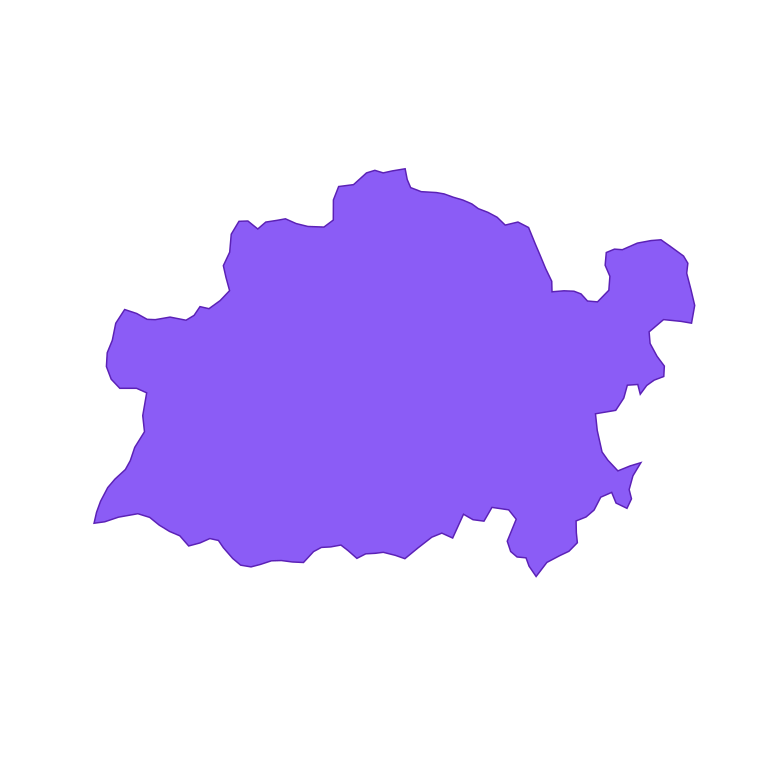 the district of Cesário Lange, São Paulo, Brazil, rotated 21°
{"feature_id": "56859067B87642891823012", "entity_name": "Cesário Lange", "entity_type": "district", "adm_level": 2, "iso_a3": "BRA", "parent_name": "Brazil", "parent_adm1": "São Paulo", "projection": "equal_earth", "projection_center": [-47.895, -23.217], "detail": "fine", "context": "isolated", "style": "filled", "palette": "violet", "viewbox_px": 768, "rotation_deg": 21, "n_neighbors": 0, "source": "geoboundaries", "source_scale": "gbopen_adm2", "svg_char_len": 2270}
<svg xmlns="http://www.w3.org/2000/svg" viewBox="0 0 768 768"><g transform="rotate(21 384 384)"><path d="M617.8,157.2L603.4,153.3L590.9,150.1L581.9,154.4L570.0,161.7L558.4,173.2L550.8,175.5L544.4,181.6L547.9,193.9L556.3,202.5L560.3,215.9L553.9,230.8L544.2,233.6L535.7,229.3L528.1,229.3L518.6,232.5L507.8,237.7L503.8,228.0L493.5,218.3L484.0,208.3L474.8,198.8L462.9,186.1L451.0,184.8L440.2,192.2L429.9,187.8L419.5,186.5L409.2,186.5L401.5,184.4L391.8,184.0L381.7,184.8L372.0,185.0L364.3,186.5L349.8,191.1L338.5,191.1L332.4,184.8L326.6,175.5L315.5,182.0L307.6,187.2L298.9,187.8L292.0,193.2L284.1,208.8L270.9,215.9L270.8,230.3L277.9,249.1L271.7,259.0L256.5,264.2L244.5,265.7L232.8,265.1L225.4,269.6L215.6,275.2L210.6,284.5L198.5,280.6L190.3,284.1L187.7,298.9L192.7,316.2L191.6,331.1L198.2,341.0L206.4,352.2L201.1,364.9L193.6,376.4L184.5,377.7L182.1,388.0L176.3,395.4L160.3,398.2L147.4,405.9L139.7,408.5L127.9,406.8L115.2,407.4L111.8,423.4L114.7,440.6L114.4,454.0L118.6,467.2L127.6,477.3L138.9,482.7L154.5,476.7L165.6,477.3L170.1,500.0L177.5,514.4L174.0,532.5L174.6,546.5L173.2,556.5L166.9,569.2L163.2,579.7L161.4,595.1L161.6,606.7L163.2,617.9L172.7,612.7L183.8,603.5L200.7,593.3L213.1,592.5L224.7,596.3L236.6,598.5L247.8,598.9L259.7,605.2L269.2,598.3L276.8,590.7L285.5,589.4L292.7,594.4L305.3,601.1L315.1,604.5L325.4,602.4L333.2,596.8L342.3,589.4L351.4,585.6L362.2,583.0L372.8,579.5L378.3,565.7L384.1,559.0L392.6,555.2L401.5,549.8L410.1,552.4L421.2,556.5L427.8,549.1L436.5,545.2L443.6,541.4L456.0,539.9L466.1,539.6L474.5,524.8L483.5,509.9L491.4,502.5L503.3,503.2L504.9,477.1L515.7,478.8L526.5,476.2L529.0,460.5L545.5,456.8L555.9,462.9L555.4,486.6L562.3,495.0L570.2,497.8L578.9,495.4L584.7,502.1L595.0,509.2L600.0,492.2L609.8,481.0L616.6,473.9L621.4,462.9L616.9,454.0L612.4,443.0L620.3,435.7L625.3,426.4L626.9,412.0L635.4,403.6L643.3,412.0L655.4,413.0L656.2,402.5L650.7,394.7L649.3,380.5L652.0,365.4L643.3,372.1L633.5,381.3L620.3,374.9L611.9,369.3L599.7,350.9L592.1,336.0L609.8,325.5L612.9,311.2L611.6,297.9L621.1,293.5L626.9,301.7L629.8,291.2L634.8,283.6L642.5,276.7L639.3,266.8L629.0,260.3L617.9,250.8L612.8,240.3L621.9,223.7L638.8,219.1L649.3,217.0L645.9,199.3L636.9,186.1L626.9,172.1L624.4,162.4L617.8,157.2Z" fill="#8b5cf6" stroke="#5b21b6" stroke-width="1.5"/></g></svg>